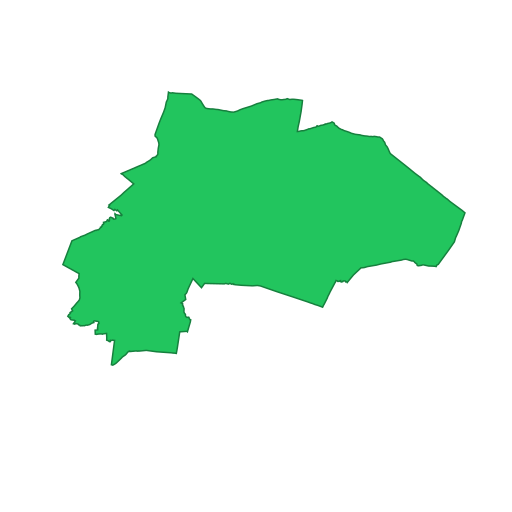 Stiuca, Timis, Romania, rotated 116°
{"feature_id": "2599482B92651033244304", "entity_name": "Stiuca", "entity_type": "district", "adm_level": 2, "iso_a3": "ROU", "parent_name": "Romania", "parent_adm1": "Timis", "projection": "natural_earth1", "projection_center": [21.98, 45.563], "detail": "fine", "context": "isolated", "style": "filled", "palette": "green", "viewbox_px": 512, "rotation_deg": 116, "n_neighbors": 0, "source": "geoboundaries", "source_scale": "gbopen_adm2", "svg_char_len": 6108}
<svg xmlns="http://www.w3.org/2000/svg" viewBox="0 0 512 512"><g transform="rotate(116 256 256)"><path d="M323.0,428.1L348.4,425.8L349.3,409.2L349.3,407.3L352.0,406.3L353.5,405.5L358.7,406.4L359.6,404.6L360.6,403.2L362.2,401.2L364.5,399.2L365.0,398.8L368.3,397.3L370.8,395.9L373.1,395.5L375.5,396.1L376.7,396.5L381.0,397.5L384.3,398.6L385.7,396.8L388.3,398.3L388.6,397.8L389.2,397.8L390.9,398.6L392.7,398.7L393.3,396.5L392.6,396.3L392.7,395.7L393.8,395.7L394.4,394.7L394.2,393.5L393.4,391.2L393.5,389.9L396.9,390.4L396.7,389.0L396.0,389.1L395.2,386.6L395.2,386.0L395.6,385.2L395.4,384.1L395.8,383.5L395.6,382.8L395.0,382.0L394.8,381.4L394.2,380.5L394.0,379.8L392.5,378.3L392.1,377.2L390.4,375.3L389.3,374.7L387.8,373.6L386.9,372.6L386.4,373.2L385.8,373.3L384.9,372.5L384.8,371.5L384.5,370.8L384.0,368.7L385.5,367.6L385.8,367.8L386.1,367.8L386.6,368.2L389.4,367.1L390.2,366.9L390.1,366.7L391.8,365.9L393.2,368.1L396.7,366.2L396.5,365.7L396.5,365.2L395.4,363.7L394.1,361.5L393.7,360.4L393.5,359.6L393.1,359.4L391.1,356.4L394.9,354.3L397.1,353.3L396.9,351.5L397.2,350.6L397.1,349.7L396.8,349.4L395.6,349.9L395.4,349.1L394.9,348.4L394.5,348.1L394.0,346.3L393.9,346.1L417.1,338.3L416.9,336.9L415.1,335.6L413.5,334.7L406.7,332.2L405.3,331.8L402.3,330.1L401.2,329.7L398.6,329.1L397.1,328.3L396.8,327.9L397.2,327.5L393.6,321.7L393.7,321.2L392.9,320.0L392.9,319.7L388.9,313.2L385.7,303.5L380.1,289.6L379.6,288.0L379.0,286.6L378.5,284.9L373.2,286.4L357.6,291.3L354.0,285.1L354.2,284.4L343.6,286.2L342.7,286.8L342.1,286.6L341.9,287.8L341.4,288.7L340.7,289.2L340.5,289.6L340.9,290.4L341.5,291.2L341.4,291.9L341.1,292.7L340.6,293.2L339.6,293.7L339.1,294.4L338.7,295.4L337.8,296.3L334.8,297.6L334.1,298.4L332.9,299.4L332.9,300.0L332.7,300.3L332.2,300.4L331.8,300.6L331.5,301.0L331.0,301.1L331.0,302.8L325.9,300.1L322.0,302.9L320.1,302.3L319.1,302.2L315.5,302.6L312.7,302.7L303.9,302.8L308.4,291.1L303.2,290.2L294.9,272.2L293.9,271.2L293.3,268.4L291.9,267.4L292.1,265.7L291.0,264.5L291.5,263.9L290.9,263.1L291.1,262.6L288.6,256.0L284.3,246.0L281.9,241.9L281.0,239.0L278.9,221.5L276.5,204.0L274.6,189.5L274.2,185.6L274.0,184.8L273.8,181.8L273.3,178.9L272.8,173.7L270.2,173.7L269.4,173.6L262.4,173.5L261.2,173.7L257.2,173.6L256.9,173.7L245.2,173.3L244.9,173.2L242.9,173.3L243.0,172.8L242.7,172.1L243.0,171.5L243.0,171.2L242.6,170.8L242.4,170.2L241.3,169.7L241.0,169.2L241.9,168.8L242.0,168.0L241.6,167.4L240.8,167.1L240.7,167.0L240.8,166.7L240.1,166.5L239.8,166.1L239.4,165.1L239.4,164.8L240.0,164.1L240.0,163.9L239.4,163.2L239.4,162.9L239.8,162.4L230.3,160.1L220.5,156.4L220.3,155.8L219.0,153.7L216.6,151.1L211.4,143.8L208.5,140.4L202.3,132.0L201.8,131.8L201.3,131.1L196.0,123.6L194.5,122.0L193.3,120.1L192.8,118.3L192.6,116.6L192.1,113.5L191.5,112.6L191.5,112.3L191.8,111.2L192.0,110.8L192.2,110.5L192.2,110.1L192.4,109.6L192.7,107.9L193.7,107.1L193.8,106.8L193.7,106.1L193.6,105.7L191.8,103.1L190.9,102.3L190.6,101.7L189.3,96.4L187.7,92.9L186.5,89.9L186.6,89.5L186.5,89.4L184.9,89.5L183.9,88.7L183.5,88.5L180.6,88.0L166.6,85.5L156.3,83.9L151.6,84.7L151.2,84.6L144.3,84.9L136.7,85.8L134.9,86.3L133.3,86.3L125.6,87.1L124.7,90.7L122.0,105.5L121.0,109.0L120.8,111.0L120.5,111.9L120.3,113.7L119.8,114.8L118.7,119.7L115.7,133.6L115.1,135.0L115.1,136.0L114.9,136.8L114.6,138.7L113.7,141.5L113.2,142.7L113.1,143.7L112.0,149.5L109.5,160.1L105.1,180.1L104.3,181.3L101.6,184.4L100.4,186.0L99.4,188.3L97.4,190.2L96.8,191.7L95.9,192.8L95.3,193.8L94.9,197.0L95.2,197.8L95.7,198.6L95.8,199.6L96.6,202.1L97.7,203.7L98.0,204.9L98.8,206.2L99.6,208.9L100.4,210.9L101.3,214.0L101.5,215.5L103.1,220.1L103.9,224.2L103.9,226.0L104.2,228.7L104.7,232.0L104.6,233.6L104.9,234.8L104.8,236.0L104.8,237.3L104.5,238.2L104.3,239.2L103.9,240.1L103.7,242.5L103.5,243.0L102.4,243.8L102.1,246.2L102.3,246.6L102.9,246.8L104.5,248.3L105.2,249.4L107.1,251.2L107.2,251.4L107.0,251.7L107.1,251.8L107.7,251.9L109.4,253.8L110.1,255.0L111.0,255.7L112.3,257.1L112.1,258.1L112.3,258.3L113.3,258.3L113.7,258.7L114.3,259.0L114.8,260.0L118.2,263.5L118.5,264.2L118.8,264.5L119.1,264.7L120.7,266.2L121.1,266.7L122.0,267.5L122.6,268.3L123.7,270.3L125.3,272.2L126.0,273.4L121.4,274.8L116.3,276.0L106.4,278.8L99.7,281.0L95.8,282.4L95.8,282.5L97.4,287.5L98.6,290.8L99.3,292.3L100.4,294.0L100.7,294.7L100.8,296.6L101.0,297.0L102.2,298.0L103.2,299.7L104.0,300.8L104.7,302.1L105.4,304.7L105.2,305.2L105.3,305.5L107.3,308.2L109.1,310.9L110.8,313.0L111.2,313.8L112.8,315.8L115.1,318.3L116.2,319.0L118.7,321.9L123.3,325.9L129.1,332.1L131.6,334.5L133.7,336.1L136.5,339.1L137.6,341.8L138.3,344.6L138.6,346.3L139.7,349.1L141.0,354.3L141.8,356.3L142.7,359.1L143.8,361.4L144.8,364.3L145.1,365.5L145.2,366.4L144.6,367.8L142.5,371.2L141.0,373.4L140.6,374.3L140.0,376.9L138.6,384.8L144.9,399.4L145.2,400.4L146.0,402.8L146.7,403.6L146.9,404.0L147.2,405.7L147.1,406.5L151.8,404.9L152.9,404.3L154.6,404.1L156.9,404.1L162.7,402.6L167.2,402.1L174.6,401.7L179.3,401.3L191.0,400.0L192.4,399.3L192.7,398.8L193.0,397.2L193.9,395.9L196.9,393.0L198.5,392.0L201.9,391.1L205.8,389.7L207.1,389.0L208.1,388.8L208.5,389.0L209.3,389.1L210.1,389.5L210.5,389.2L212.8,391.7L213.2,392.0L215.9,393.0L217.9,394.2L220.0,395.6L220.7,395.8L221.2,396.1L241.1,413.3L241.2,413.1L241.2,411.3L242.1,408.7L242.4,407.3L242.7,406.2L243.1,404.2L244.8,397.5L256.7,402.5L260.5,403.9L274.6,410.5L274.7,409.8L277.0,410.0L277.0,406.6L277.4,403.6L276.0,403.3L276.4,400.9L275.3,400.7L277.9,394.4L278.7,394.5L278.8,395.4L278.9,395.8L279.2,395.9L279.6,397.7L280.1,399.7L280.2,400.3L279.9,401.0L279.8,401.3L280.2,401.2L283.1,398.8L283.7,398.4L284.0,398.4L285.2,399.8L285.4,400.2L284.7,400.9L285.0,401.4L284.7,401.9L284.8,402.7L284.8,403.6L285.6,404.2L286.7,404.2L287.5,403.6L288.8,403.2L289.2,403.4L289.3,403.6L288.5,404.8L288.5,405.3L289.0,405.5L290.0,405.4L290.6,405.5L292.6,407.8L293.3,407.1L293.6,407.0L294.1,407.1L294.5,407.0L294.7,407.5L294.9,407.6L296.0,407.8L296.7,407.5L296.9,407.6L297.8,407.6L298.0,407.8L298.2,408.3L298.4,408.2L298.8,408.2L301.2,408.9L301.7,409.3L302.2,410.3L303.0,410.7L303.3,411.6L310.3,417.4L312.2,418.8L315.7,422.2L316.3,422.4L323.0,428.1Z" fill="#22c55e" stroke="#15803d" stroke-width="1.5"/></g></svg>